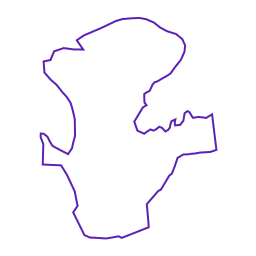 the district of Abua/Odual, Rivers, Nigeria, rotated 88°
{"feature_id": "59680162B70529740290920", "entity_name": "Abua/Odual", "entity_type": "district", "adm_level": 2, "iso_a3": "NGA", "parent_name": "Nigeria", "parent_adm1": "Rivers", "projection": "albers", "projection_center": [6.549, 4.841], "detail": "fine", "context": "isolated", "style": "outline", "palette": "violet", "viewbox_px": 256, "rotation_deg": 88, "n_neighbors": 0, "source": "geoboundaries", "source_scale": "gbopen_adm2", "svg_char_len": 1606}
<svg xmlns="http://www.w3.org/2000/svg" viewBox="0 0 256 256"><g transform="rotate(88 128 128)"><path d="M130.5,215.4L134.2,215.6L141.2,213.2L161.5,214.5L163.0,196.2L172.5,190.7L189.4,183.5L204.0,181.1L210.4,185.7L233.5,175.3L236.1,170.1L236.6,163.9L237.5,155.6L237.6,153.1L237.2,150.1L235.9,141.1L237.6,138.1L227.9,110.8L222.3,110.9L204.8,111.9L191.8,99.8L190.9,97.4L176.9,88.3L175.1,85.7L167.6,82.5L159.6,79.5L156.3,73.4L156.4,70.6L156.4,68.5L156.1,67.1L155.8,61.5L155.1,57.1L154.8,46.6L153.0,40.4L117.3,43.5L120.6,49.4L119.4,57.3L120.1,62.6L118.6,63.7L114.3,66.0L113.2,68.1L115.2,70.9L122.6,72.4L126.7,75.7L127.0,80.9L123.6,81.1L121.1,80.4L122.7,84.3L125.5,85.4L128.9,86.1L131.1,87.7L132.8,90.7L128.9,94.2L127.9,96.8L130.2,99.8L131.5,102.6L130.2,105.7L132.3,109.1L134.3,112.1L130.9,118.7L123.8,120.9L121.9,121.5L108.2,112.6L106.8,110.5L105.9,108.7L103.1,110.6L99.7,110.7L94.6,110.6L93.1,108.2L91.6,105.0L85.6,102.0L83.3,100.0L82.3,96.7L80.0,92.6L77.4,87.5L75.1,83.7L68.4,78.5L61.6,72.7L53.8,68.9L47.6,68.0L41.1,70.6L35.7,76.8L32.6,85.7L28.7,92.4L23.6,98.3L22.1,101.4L19.9,106.0L18.4,112.9L18.5,121.2L18.8,126.6L18.9,129.6L20.8,136.8L21.2,137.6L25.0,146.4L27.6,152.4L28.0,153.6L31.9,163.6L34.0,169.0L38.5,176.1L41.4,174.3L48.0,170.0L47.6,179.4L45.9,189.4L48.8,199.2L57.4,203.1L57.6,204.6L58.5,210.0L69.6,209.6L76.8,203.8L81.9,198.4L82.7,197.6L90.2,192.1L94.6,188.3L100.9,184.5L102.3,184.1L107.4,182.8L117.1,180.9L124.1,181.0L134.1,181.2L140.2,183.1L146.3,184.7L152.0,188.8L147.6,196.7L143.2,204.1L138.6,206.7L133.9,208.8L130.8,212.5L130.5,215.4Z" fill="none" stroke="#5b21b6" stroke-width="2"/></g></svg>